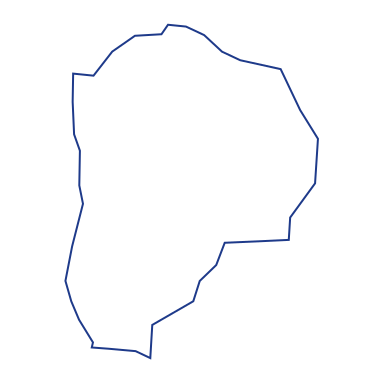 outline of Svedala, Skåne, Sweden, rotated 91°
{"feature_id": "70781695B13433668994781", "entity_name": "Svedala", "entity_type": "district", "adm_level": 2, "iso_a3": "SWE", "parent_name": "Sweden", "parent_adm1": "Skåne", "projection": "albers", "projection_center": [13.297, 55.571], "detail": "fine", "context": "isolated", "style": "outline", "palette": "blue", "viewbox_px": 384, "rotation_deg": 91, "n_neighbors": 0, "source": "geoboundaries", "source_scale": "gbopen_adm2", "svg_char_len": 625}
<svg xmlns="http://www.w3.org/2000/svg" viewBox="0 0 384 384"><g transform="rotate(91 192 192)"><path d="M75.7,312.9L103.9,312.9L136.4,310.9L152.7,304.8L187.4,304.8L205.7,300.8L248.4,310.9L283.1,317.0L303.4,310.8L321.7,302.7L344.1,288.4L349.2,289.5L350.2,272.1L352.1,245.6L358.8,230.8L325.6,229.4L313.4,209.1L301.2,188.8L280.8,182.7L264.6,166.5L242.2,158.4L240.1,123.8L238.2,94.4L215.8,93.4L181.2,69.1L136.6,67.0L108.2,85.3L87.9,95.4L75.8,101.4L67.6,105.5L59.4,146.1L51.2,164.4L34.9,182.6L26.7,200.9L25.2,218.9L34.8,225.3L36.8,251.8L53.0,274.2L77.4,292.5L75.7,312.9Z" fill="none" stroke="#1e3a8a" stroke-width="2"/></g></svg>